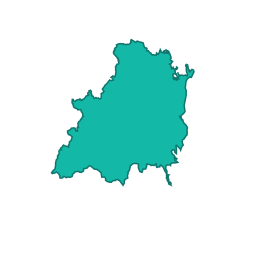 Ipeiroy, Ipeiros, Greece, rotated 230°
{"feature_id": "26713481B784345685192", "entity_name": "Ipeiroy", "entity_type": "district", "adm_level": 2, "iso_a3": "GRC", "parent_name": "Greece", "parent_adm1": "Ipeiros", "projection": "robinson", "projection_center": [20.637, 39.661], "detail": "fine", "context": "isolated", "style": "filled", "palette": "teal", "viewbox_px": 256, "rotation_deg": 230, "n_neighbors": 0, "source": "geoboundaries", "source_scale": "gbopen_adm2", "svg_char_len": 5936}
<svg xmlns="http://www.w3.org/2000/svg" viewBox="0 0 256 256"><g transform="rotate(230 128 128)"><path d="M133.5,43.8L132.5,44.7L131.8,46.1L132.4,47.4L131.5,48.2L129.7,48.7L129.1,50.4L127.3,52.2L126.8,54.1L127.3,55.0L128.2,55.6L128.1,58.1L128.5,59.1L126.7,62.1L125.1,62.6L124.0,63.7L123.6,66.2L125.5,67.9L124.4,69.2L123.6,71.1L124.0,73.2L123.7,74.5L121.1,75.3L118.2,75.7L116.4,77.5L113.5,78.3L111.0,78.6L107.2,76.3L105.7,78.3L105.0,78.6L103.5,78.3L102.5,77.3L101.0,77.5L98.6,78.8L97.1,80.4L97.4,81.8L96.9,83.4L95.9,84.4L96.0,85.4L95.5,86.8L94.1,87.1L93.5,87.7L87.3,87.4L88.0,89.3L89.5,91.0L90.6,92.8L89.8,95.6L91.9,97.0L93.2,99.0L94.5,100.0L94.4,100.9L95.0,102.4L97.7,105.7L97.4,106.5L97.5,108.8L96.7,110.2L94.2,112.7L93.4,112.6L90.8,110.3L86.9,109.1L85.0,110.2L86.8,113.1L86.4,113.9L85.3,114.9L85.3,115.4L86.7,117.7L88.2,118.7L88.2,119.5L87.2,119.9L86.0,121.3L84.4,121.6L83.9,122.9L82.6,123.7L82.3,126.4L80.5,125.1L79.3,124.8L79.0,125.2L79.1,125.8L77.8,127.3L78.8,128.9L78.7,129.3L75.4,129.8L71.0,128.5L68.5,128.3L65.7,126.2L65.0,125.2L64.1,125.4L62.7,124.4L59.9,124.1L59.1,123.2L56.9,124.1L57.9,124.3L58.0,124.9L57.8,124.4L57.5,124.5L57.5,125.1L58.6,125.6L62.1,125.1L62.5,126.3L64.3,126.7L66.2,127.7L65.8,128.3L65.8,127.6L64.8,127.5L66.0,129.0L66.6,127.9L67.4,128.0L70.1,130.2L72.2,130.6L74.2,132.1L74.5,132.6L74.5,134.3L73.0,136.2L71.9,136.5L73.2,137.8L72.4,140.2L71.1,141.4L69.6,144.1L71.1,144.0L71.8,143.8L70.8,143.9L72.8,143.0L73.8,143.9L73.8,143.4L74.0,143.5L74.1,144.0L75.4,144.4L76.1,145.1L72.9,145.1L73.2,145.8L74.5,145.2L77.7,145.7L79.4,145.1L82.3,146.3L82.5,147.6L81.7,149.5L79.0,148.2L77.2,148.6L81.1,151.9L83.7,153.3L83.4,154.2L78.5,154.5L77.2,154.1L78.3,155.7L79.5,158.5L79.3,159.3L82.0,160.2L83.9,162.1L83.6,164.1L84.2,165.1L84.1,165.9L84.8,167.6L84.7,168.6L86.1,170.1L89.2,172.5L89.8,173.6L90.8,174.0L94.1,174.3L95.4,173.8L99.3,175.2L99.3,174.5L100.0,174.2L101.4,175.3L102.3,175.7L102.5,174.6L103.7,174.9L103.8,175.4L103.1,176.6L103.6,178.5L103.3,179.4L103.9,182.2L109.2,185.5L115.6,193.5L119.6,196.9L120.8,197.1L121.8,197.6L126.0,201.9L127.2,204.1L127.6,205.9L127.3,208.2L127.0,208.6L126.3,208.7L126.1,209.1L128.6,214.6L130.1,215.4L131.8,214.7L131.6,213.4L131.9,212.4L131.3,211.9L131.9,210.6L131.9,211.6L131.5,211.8L132.0,212.2L134.8,212.1L135.7,213.0L138.1,214.2L139.2,213.6L139.0,212.5L138.3,212.0L137.1,212.0L136.4,211.1L133.9,209.2L130.6,207.9L130.1,207.0L130.0,206.5L131.6,206.2L132.5,204.1L133.7,203.5L135.2,201.4L136.9,201.1L137.9,201.5L138.5,202.3L137.9,201.4L137.0,201.1L136.2,200.9L134.6,201.4L134.9,199.5L136.3,199.0L133.3,198.5L135.1,197.5L135.1,196.9L134.4,196.6L133.4,196.8L133.3,196.0L134.0,195.8L134.6,196.6L135.5,197.0L136.0,196.5L136.0,195.7L135.6,195.4L135.3,195.9L135.0,195.9L134.6,195.5L135.1,195.9L135.6,195.2L136.6,196.1L137.4,195.8L135.9,195.2L135.3,195.2L135.1,194.9L135.5,194.6L136.6,194.4L136.9,195.2L138.2,195.3L140.0,196.9L140.3,197.3L139.5,198.6L138.6,199.2L137.4,199.1L137.4,199.4L138.5,199.7L139.7,199.5L140.3,200.2L142.4,201.0L141.6,203.1L142.1,203.4L141.9,203.9L142.4,204.7L143.5,204.4L142.6,203.4L143.0,201.6L144.3,201.2L145.5,201.6L145.0,199.6L145.8,199.6L149.1,201.4L150.9,200.4L150.1,201.2L149.7,202.6L150.4,205.0L152.6,204.1L153.4,204.7L153.6,205.7L154.5,206.4L158.4,207.9L159.0,207.7L160.3,208.4L161.6,208.1L161.9,207.9L159.7,206.7L160.3,206.5L161.4,207.3L162.9,207.5L163.1,207.1L160.8,206.2L160.5,205.8L161.9,205.2L162.3,204.7L161.9,204.2L161.7,204.5L161.7,203.9L163.0,203.8L163.7,205.8L163.9,204.9L163.5,203.1L164.2,202.2L166.3,202.4L166.9,203.0L165.5,202.7L165.3,202.7L167.1,203.0L166.9,202.1L165.8,201.1L166.0,200.7L164.9,198.8L165.2,198.4L167.1,198.1L165.6,196.4L168.0,194.3L168.0,193.9L169.3,193.3L170.7,193.7L172.3,193.0L174.0,193.3L174.7,192.2L175.4,192.0L176.5,193.5L177.2,193.7L178.4,192.7L179.7,192.6L183.4,194.3L185.3,193.2L185.9,192.4L188.7,190.9L188.6,189.0L193.6,187.3L193.4,186.6L192.8,186.7L192.6,185.9L191.6,185.4L191.9,184.9L191.3,184.1L191.4,182.5L192.8,181.1L193.0,180.0L194.1,179.5L194.5,178.6L195.6,178.6L196.0,177.6L197.4,176.6L198.9,173.9L199.1,172.5L197.7,172.1L197.4,171.5L197.7,169.8L197.2,168.5L196.3,168.4L196.5,167.9L195.8,167.2L196.1,166.5L195.4,166.1L195.2,165.3L193.8,164.8L189.0,165.0L187.9,164.6L187.8,165.0L186.8,164.9L186.5,164.4L185.6,164.2L185.6,163.6L185.1,163.7L183.4,162.5L183.3,162.0L183.9,160.4L183.6,160.1L183.3,158.7L182.9,158.3L182.9,157.7L181.4,156.9L180.4,155.7L179.0,155.2L176.3,152.0L175.6,150.6L177.6,149.9L177.7,147.6L175.8,148.1L174.2,147.6L175.2,145.5L176.5,144.8L176.2,144.2L176.4,143.6L175.6,140.8L175.6,138.2L174.5,134.9L174.6,134.1L174.2,133.3L171.4,133.1L171.4,132.2L171.0,131.4L171.5,130.5L171.5,129.3L170.4,128.8L168.3,126.7L168.1,125.6L168.4,125.0L170.2,124.5L170.6,123.3L172.0,123.0L172.3,121.2L172.8,120.9L174.4,121.7L175.3,121.5L175.7,120.9L176.3,121.0L177.2,122.0L178.8,122.0L179.0,123.0L179.7,123.5L181.2,123.3L181.5,122.0L180.7,121.5L180.8,120.0L179.6,118.9L178.6,119.2L179.4,116.2L178.8,114.9L178.6,113.0L178.9,112.4L178.7,110.3L179.0,109.8L179.9,110.3L181.2,109.9L180.9,109.0L181.9,108.0L182.5,106.4L182.4,104.4L183.6,103.9L185.1,104.4L185.7,103.7L183.3,101.3L181.8,101.5L181.2,100.7L180.0,100.5L179.2,99.9L177.6,100.1L175.8,101.3L174.2,101.2L172.4,103.7L170.6,102.7L169.0,102.9L166.2,101.2L165.6,101.2L165.9,100.6L165.6,99.5L164.7,98.4L165.1,97.5L164.3,95.7L164.5,94.2L163.7,92.5L162.0,91.5L161.0,90.2L160.6,90.2L161.1,89.7L160.5,88.7L158.8,87.7L158.9,87.2L158.3,87.1L159.5,86.1L161.8,87.3L162.9,86.6L164.3,84.4L163.9,83.8L163.9,82.3L164.5,79.7L163.2,78.7L161.2,78.2L159.4,79.3L157.0,79.5L154.9,76.2L155.1,75.0L154.9,74.0L153.4,72.8L153.2,71.7L151.7,70.2L152.8,70.0L153.5,68.9L156.4,67.6L156.3,66.5L155.8,66.0L155.8,63.3L154.1,62.9L155.1,61.8L155.1,61.0L154.2,59.8L152.9,59.2L151.7,55.8L150.0,54.8L149.8,52.8L147.9,50.2L145.7,48.3L143.6,45.8L143.5,43.1L142.8,40.6L141.6,40.8L141.4,41.7L140.7,42.6L140.3,44.9L137.6,45.5L135.0,44.9L133.5,43.8Z" fill="#14b8a6" stroke="#0f766e" stroke-width="1.5"/></g></svg>